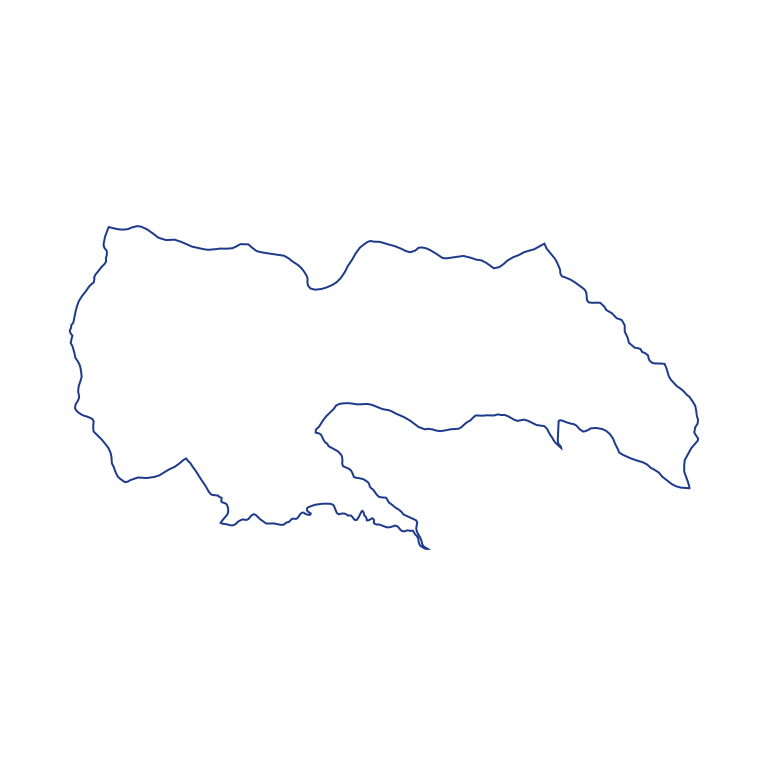 the district of Jordán Sube, Santander, Colombia, rotated 8°
{"feature_id": "7082276B50890297817335", "entity_name": "Jordán Sube", "entity_type": "district", "adm_level": 2, "iso_a3": "COL", "parent_name": "Colombia", "parent_adm1": "Santander", "projection": "robinson", "projection_center": [-73.096, 6.712], "detail": "fine", "context": "isolated", "style": "outline", "palette": "blue", "viewbox_px": 768, "rotation_deg": 8, "n_neighbors": 0, "source": "geoboundaries", "source_scale": "gbopen_adm2", "svg_char_len": 6108}
<svg xmlns="http://www.w3.org/2000/svg" viewBox="0 0 768 768"><g transform="rotate(8 384 384)"><path d="M523.3,222.7L513.8,229.8L508.8,231.9L504.2,234.1L499.4,237.7L494.5,240.3L488.9,244.7L485.9,248.4L481.9,252.2L476.7,254.1L468.6,249.9L463.3,248.0L458.0,248.0L453.0,247.0L444.9,246.1L428.3,250.9L424.4,251.1L418.0,247.9L410.8,244.9L406.5,243.7L402.4,243.5L399.2,244.3L396.4,247.5L391.6,249.9L387.2,249.3L382.1,247.6L375.1,245.9L368.5,245.1L360.0,243.8L355.0,244.4L350.4,244.3L347.7,245.8L344.4,248.9L341.2,252.2L337.6,259.0L335.1,265.4L331.7,272.4L329.6,278.6L326.6,284.8L323.2,289.5L319.3,292.9L313.9,296.3L309.1,298.5L302.8,300.2L297.8,299.6L295.0,297.0L294.0,294.0L293.7,290.6L292.7,288.1L289.7,284.3L285.9,280.6L282.6,278.3L275.4,274.9L272.5,273.0L267.2,270.9L245.4,270.7L239.3,270.1L234.3,267.3L230.3,264.6L222.3,265.5L218.8,268.2L215.0,270.6L209.5,271.9L202.9,272.7L196.9,274.3L191.1,275.6L186.9,275.6L174.9,274.7L163.5,271.5L156.6,270.2L148.3,271.8L143.5,271.1L140.0,270.4L134.8,267.4L127.7,263.8L121.6,262.0L117.6,262.0L112.0,264.3L109.0,266.2L105.7,267.1L101.7,267.7L97.6,267.7L89.6,266.9L89.2,268.1L87.2,277.2L86.9,283.9L87.0,285.7L88.3,288.3L90.3,290.0L91.3,291.9L91.5,295.1L91.1,298.3L91.8,301.2L90.6,304.0L88.1,307.3L82.9,316.1L82.1,319.2L82.6,320.1L82.4,323.8L80.5,325.7L78.4,328.5L75.8,333.7L72.6,339.2L70.2,344.5L69.0,350.7L68.5,354.9L67.8,366.6L66.2,369.1L66.2,372.1L65.4,374.9L66.6,377.5L68.8,379.6L68.3,382.7L68.0,386.9L70.3,390.0L73.3,396.9L74.7,401.0L77.3,403.8L79.5,406.6L81.1,410.0L82.9,416.0L83.6,418.9L82.9,423.8L82.0,428.4L82.0,431.8L82.3,434.6L83.8,438.5L83.9,440.3L83.2,443.2L81.5,446.8L81.3,449.4L81.5,451.2L83.0,453.1L85.6,454.9L88.1,456.1L90.6,457.0L95.5,457.8L100.2,459.3L101.8,461.7L101.8,465.0L102.4,469.4L103.2,471.6L112.2,478.3L117.1,482.8L120.3,486.1L122.9,490.4L124.2,494.0L125.6,500.5L127.8,503.6L131.0,509.6L133.2,512.7L135.4,514.3L139.7,516.6L141.6,517.2L144.5,516.0L145.9,514.6L153.5,510.8L161.8,510.2L169.6,508.0L174.3,505.7L182.5,498.9L188.3,495.1L192.3,491.3L195.6,487.5L198.3,485.3L199.1,485.8L200.5,487.4L203.2,489.3L205.7,492.2L209.6,496.2L216.1,503.9L221.2,509.5L225.6,515.2L227.9,517.2L229.2,517.7L235.4,517.6L235.8,518.2L237.2,518.9L239.0,519.3L239.2,520.3L239.1,522.7L240.0,523.6L243.9,524.4L245.2,525.3L246.1,526.9L247.1,529.6L247.5,532.6L246.9,535.3L243.4,540.7L241.5,544.2L244.1,544.9L247.3,544.7L251.3,545.3L254.0,545.0L255.2,544.4L257.0,542.8L258.3,541.0L259.6,539.8L261.7,538.4L263.2,537.7L266.2,537.8L267.4,537.4L268.6,536.5L270.6,533.1L272.1,531.7L273.4,531.0L275.5,531.7L280.4,535.3L286.7,538.5L288.1,538.4L294.1,537.4L300.5,537.8L303.3,537.6L305.0,536.7L305.9,535.4L306.8,534.6L308.4,534.2L309.4,533.4L311.3,530.7L312.0,530.2L314.1,529.8L315.5,529.9L316.6,529.2L317.7,527.5L318.6,525.6L319.4,524.2L320.5,523.1L321.5,522.6L322.4,522.6L324.5,523.7L326.1,524.0L328.5,524.0L329.4,523.3L329.4,522.3L326.3,520.9L325.2,519.6L325.0,518.3L325.6,517.0L326.7,516.3L332.2,513.3L338.7,511.4L342.8,510.6L347.8,510.1L350.2,510.7L351.4,511.7L354.8,517.6L356.1,518.8L357.2,519.3L360.9,518.0L362.9,517.8L365.1,518.4L366.5,519.3L367.8,519.0L369.6,518.9L371.4,520.2L372.6,521.6L374.4,522.8L376.1,522.2L377.4,519.5L379.5,513.3L380.4,512.6L381.8,514.3L382.9,517.0L384.4,518.0L385.4,519.5L385.9,521.4L387.6,521.2L391.1,518.6L392.4,519.3L393.2,520.7L393.2,522.9L394.7,523.9L396.4,524.2L398.7,523.8L406.5,525.5L408.7,525.3L410.4,524.8L414.8,522.6L417.6,523.3L419.8,525.4L422.1,527.1L424.5,527.1L427.5,525.7L429.3,525.6L430.7,525.8L432.9,525.2L433.7,525.8L434.6,527.2L435.8,528.6L437.8,530.1L439.4,532.3L440.5,536.1L442.2,538.9L445.3,540.5L448.1,541.5L450.2,541.2L445.9,539.4L444.3,537.5L442.7,533.6L441.5,531.5L437.4,526.1L436.0,522.7L436.1,516.2L434.7,514.5L421.5,510.5L419.0,508.1L415.9,506.2L412.2,504.7L409.0,502.6L405.4,500.7L401.9,496.3L397.5,496.6L394.8,496.5L392.3,494.7L387.9,490.1L385.5,488.8L384.1,487.4L383.2,485.0L381.5,483.3L376.8,481.1L371.9,480.7L368.7,480.7L367.2,480.3L364.6,475.8L362.6,473.6L360.0,472.5L354.9,471.1L353.7,468.8L353.5,465.6L352.5,461.6L351.4,460.0L347.8,457.1L337.6,453.2L336.3,451.2L333.7,449.8L331.6,447.4L329.9,444.6L328.3,442.6L325.6,441.8L323.1,441.7L322.9,438.6L325.5,435.5L328.9,428.1L331.4,423.8L337.9,415.4L339.5,412.0L342.5,410.0L346.7,408.7L351.1,408.0L354.7,407.8L359.4,407.9L362.6,407.6L369.3,406.2L372.0,406.1L375.6,406.5L384.9,408.8L386.8,409.1L392.6,409.3L395.8,410.1L399.4,411.5L408.4,414.0L415.3,416.8L424.3,421.8L430.7,423.2L433.9,422.2L438.1,422.2L443.0,422.9L446.5,422.8L452.1,421.1L456.2,419.6L464.2,417.9L466.9,415.7L469.8,412.1L472.2,409.7L474.4,408.3L476.9,404.9L479.1,402.4L486.5,401.6L490.0,400.7L497.2,399.9L501.1,398.2L504.1,398.4L507.9,397.9L511.5,398.7L518.2,401.4L521.5,401.9L527.6,399.8L531.7,400.4L540.8,403.4L548.4,403.4L550.0,404.3L551.9,406.0L555.6,411.2L557.7,413.3L559.4,415.7L561.7,418.1L568.3,422.7L567.8,421.3L565.0,419.0L563.9,415.5L562.1,396.5L563.3,395.4L566.1,395.5L568.3,396.2L574.8,397.3L577.4,397.3L580.5,398.5L583.9,401.5L587.9,403.4L589.7,402.8L592.2,401.4L595.0,399.1L600.1,398.0L606.4,398.2L610.7,399.6L614.9,402.4L618.6,406.4L621.2,411.1L625.1,416.7L626.4,419.1L630.7,421.0L639.1,423.4L644.6,424.5L650.7,425.4L655.6,427.0L659.7,429.8L664.0,431.4L668.5,433.5L672.7,437.2L682.8,443.0L687.3,444.6L692.4,445.3L700.9,444.7L700.5,442.8L698.5,438.5L693.4,428.9L692.6,422.8L692.4,417.5L697.2,404.8L702.6,396.4L702.6,394.2L699.6,390.9L698.0,388.8L698.2,383.6L700.1,379.5L699.9,375.4L698.3,372.3L697.0,367.4L695.2,362.2L691.8,358.0L688.1,354.1L685.5,352.7L681.5,349.3L678.0,347.2L674.4,345.5L667.4,339.8L664.7,336.3L662.7,331.6L660.8,327.9L659.1,325.1L656.2,325.1L649.9,325.9L646.8,325.8L644.0,324.1L642.6,322.2L641.6,319.0L638.1,317.0L635.2,316.4L633.0,313.6L630.1,313.2L627.3,313.2L620.9,309.2L618.9,304.4L615.1,298.6L614.2,292.5L612.0,289.4L610.4,287.5L605.1,286.4L600.0,282.3L593.7,279.7L591.6,276.9L586.8,273.5L583.7,273.8L579.0,274.6L575.5,274.7L573.4,272.9L571.7,265.6L569.9,262.9L566.7,260.9L559.2,256.9L554.5,254.8L548.3,253.1L545.2,252.6L543.3,250.2L542.6,246.7L540.6,243.0L538.2,239.3L535.9,236.2L526.3,227.4L523.3,222.7Z" fill="none" stroke="#1e3a8a" stroke-width="2"/></g></svg>